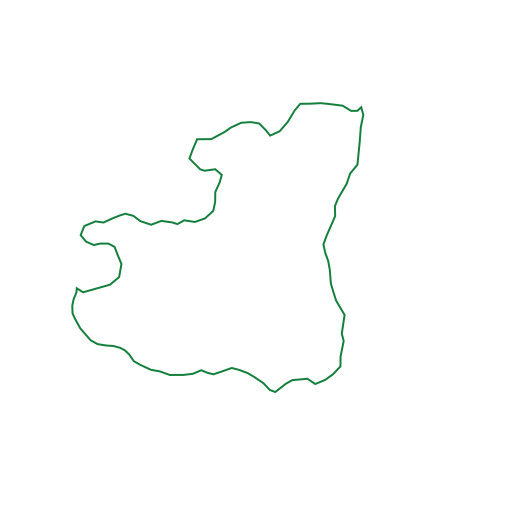 Jabrayil District, Cəbrayıl, Azerbaijan (Natural Earth projection), rotated 317°
{"feature_id": "54616110B25171122868047", "entity_name": "Jabrayil District", "entity_type": "district", "adm_level": 2, "iso_a3": "AZE", "parent_name": "Azerbaijan", "parent_adm1": "Cəbrayıl", "projection": "natural_earth1", "projection_center": [46.975, 39.317], "detail": "fine", "context": "isolated", "style": "outline", "palette": "green", "viewbox_px": 512, "rotation_deg": 317, "n_neighbors": 0, "source": "geoboundaries", "source_scale": "gbopen_adm2", "svg_char_len": 1638}
<svg xmlns="http://www.w3.org/2000/svg" viewBox="0 0 512 512"><g transform="rotate(317 256 256)"><path d="M102.9,157.4L99.8,160.2L93.2,163.2L87.7,167.1L82.6,173.0L80.8,178.5L78.1,189.1L77.9,195.6L77.6,205.0L80.1,212.5L85.5,219.4L90.2,224.4L94.0,230.5L95.8,235.6L96.1,241.9L94.9,249.6L97.2,256.9L101.6,267.7L106.8,274.5L111.9,284.3L121.7,293.4L129.5,299.1L138.0,302.2L140.9,308.4L141.3,309.1L144.2,313.5L153.5,317.7L161.8,321.3L166.0,327.8L170.1,336.1L172.2,343.2L174.7,354.2L174.7,363.3L177.3,368.6L180.3,368.9L190.8,369.8L198.0,371.6L209.9,380.9L212.0,390.0L222.1,393.8L231.7,395.0L242.5,394.3L249.3,387.2L262.2,377.9L265.8,371.3L280.6,359.5L284.2,343.2L287.8,335.6L291.9,327.3L300.5,316.5L305.4,308.9L308.7,301.2L313.1,293.6L321.9,289.1L329.7,285.8L341.1,280.8L347.8,273.3L355.0,270.0L371.6,265.0L381.1,259.9L392.5,258.4L409.3,243.6L420.7,233.1L430.7,226.0L434.4,219.0L429.2,219.0L424.5,214.7L421.9,205.2L412.3,193.7L407.4,188.2L399.9,181.9L392.2,174.9L383.6,175.9L370.7,179.6L358.3,180.9L348.5,177.6L349.0,170.6L348.7,161.3L343.6,154.6L336.1,148.5L325.5,145.0L317.2,143.8L303.0,140.0L292.5,130.4L290.3,131.5L283.3,134.5L273.8,139.3L274.3,154.6L276.6,158.6L285.4,164.8L286.2,173.4L279.2,177.6L269.9,181.4L262.9,188.7L255.4,193.9L244.3,193.7L234.5,189.4L227.8,180.9L220.3,179.1L217.7,174.4L210.7,165.8L200.6,161.6L195.2,151.6L193.7,143.0L189.3,136.0L184.1,133.5L176.4,130.5L167.3,127.5L162.2,121.2L150.8,117.0L142.0,121.2L141.5,129.5L144.8,137.3L150.3,140.5L156.5,146.3L158.8,152.8L155.4,161.3L152.1,170.1L141.5,178.1L135.4,177.7L129.6,177.4L117.4,171.1L104.8,164.6L102.9,157.4Z" fill="none" stroke="#15803d" stroke-width="2"/></g></svg>